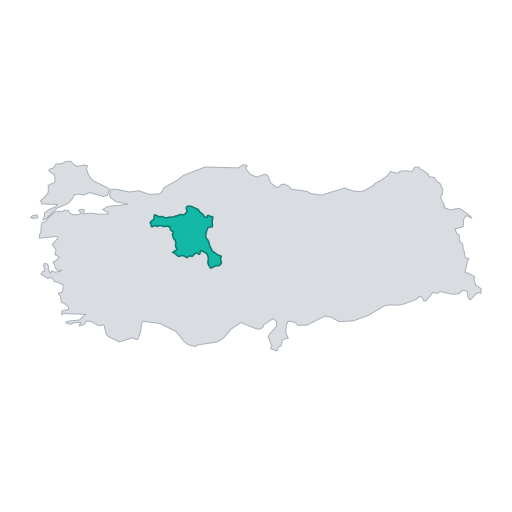 where Ankara sits in Turkey
{"feature_id": "TUR-3008", "entity_name": "Ankara", "entity_type": "Province", "adm_level": 1, "iso_a3": "TUR", "parent_name": "Turkey", "parent_adm1": "", "projection": "albers", "projection_center": [32.475, 39.676], "detail": "fine", "context": "in_parent", "style": "filled", "palette": "teal", "viewbox_px": 512, "rotation_deg": 0, "n_neighbors": 0, "source": "natural_earth", "source_scale": "10m", "svg_char_len": 5878}
<svg xmlns="http://www.w3.org/2000/svg" viewBox="0 0 512 512"><path d="M390.4,171.5L397.7,173.4L399.8,171.2L406.2,170.8L412.1,171.6L414.8,167.1L418.9,167.1L419.9,169.1L421.9,169.6L428.4,174.3L427.8,175.0L429.5,176.8L434.8,177.5L435.6,180.2L440.1,183.7L442.9,189.7L442.2,194.2L440.4,197.2L444.7,206.3L443.9,207.6L450.6,209.9L458.4,208.3L461.1,209.3L469.8,215.7L472.1,218.3L466.3,215.5L463.7,219.0L463.2,226.5L454.9,228.9L456.8,233.5L459.4,235.4L459.2,240.0L460.1,241.7L462.8,244.3L463.0,248.4L464.5,252.5L465.2,257.6L468.9,258.7L467.6,261.3L465.0,272.2L465.4,273.0L468.1,272.9L474.7,276.9L473.9,278.6L475.5,285.1L481.3,288.7L480.7,291.0L481.2,293.2L477.3,292.7L470.4,299.7L469.5,299.6L468.1,297.7L467.1,291.8L465.1,290.5L462.6,290.5L458.8,293.7L455.0,294.1L451.1,294.0L440.6,291.6L437.0,293.3L433.0,292.4L426.2,300.5L424.0,301.3L422.5,297.8L419.7,296.1L416.5,299.2L403.9,304.0L398.0,305.2L390.5,304.8L384.5,305.7L368.7,315.2L353.2,320.9L339.0,321.6L330.8,317.0L324.7,316.2L307.0,325.1L298.0,325.3L294.9,322.2L288.0,321.2L286.6,324.3L285.5,331.7L288.2,338.3L284.4,338.9L282.0,340.5L281.5,345.6L278.0,347.7L277.0,350.8L276.4,350.9L270.5,348.6L272.0,346.1L268.1,336.9L269.7,333.9L276.8,326.0L276.4,321.6L273.2,318.6L264.0,324.6L263.2,326.8L261.2,328.5L257.7,329.3L240.8,322.5L231.2,329.1L223.1,338.5L216.8,342.0L198.2,344.8L194.9,346.6L188.5,344.7L184.7,342.2L176.1,331.6L160.0,323.5L143.0,321.2L141.5,323.3L140.7,331.4L137.8,339.0L136.4,339.8L132.6,337.8L119.3,341.9L108.2,336.5L106.3,334.3L104.1,325.3L102.5,324.6L100.7,325.7L98.8,325.6L90.9,321.4L86.6,321.0L83.8,324.6L79.4,326.0L79.4,324.9L81.2,322.5L74.4,322.6L70.7,324.3L65.9,322.9L66.3,321.9L70.3,320.9L79.4,320.0L85.4,314.4L63.9,313.5L61.8,314.7L61.6,311.6L62.9,310.3L68.6,309.5L68.4,306.9L65.1,303.9L61.5,302.3L60.1,295.7L58.3,294.0L58.6,293.1L62.2,292.2L63.2,287.5L62.8,284.6L56.1,281.7L54.6,281.8L53.0,279.2L50.2,277.2L47.8,278.5L41.1,274.2L42.6,271.5L44.3,271.7L44.7,269.5L43.6,265.8L43.9,263.9L45.4,263.5L47.1,264.0L48.7,266.3L48.6,270.5L50.3,273.1L51.7,270.7L54.8,272.2L60.4,271.3L61.6,270.3L57.5,270.1L56.0,269.0L53.1,262.0L56.6,260.2L59.3,257.0L54.8,254.5L56.0,249.9L52.3,244.4L58.1,237.9L57.9,237.0L56.2,236.5L39.5,238.2L39.4,235.1L40.8,232.6L41.2,226.1L42.2,222.6L45.3,221.8L49.3,216.9L55.8,211.2L62.0,211.7L64.6,210.2L68.4,210.3L69.3,212.7L72.5,214.6L78.3,214.6L81.1,213.2L78.6,210.1L81.9,209.3L84.5,210.1L83.0,213.3L83.7,213.7L91.2,213.1L99.0,214.2L107.7,214.2L108.8,213.2L102.8,209.6L106.8,206.9L109.0,206.4L127.2,204.3L127.3,203.7L116.3,201.8L110.7,197.8L109.3,195.6L110.6,190.6L111.8,189.3L115.8,189.2L129.2,192.0L138.9,190.8L149.3,194.4L159.4,193.9L161.5,192.4L164.1,187.6L178.4,179.6L183.3,175.4L205.2,167.0L238.1,167.9L243.7,164.6L247.0,165.5L246.2,167.7L246.4,169.7L250.5,174.4L256.5,177.1L264.5,174.4L267.5,175.2L270.7,182.8L276.0,187.1L278.4,187.4L281.3,184.5L284.3,184.1L289.2,186.5L291.1,189.1L307.1,191.4L310.5,193.5L321.3,195.2L344.6,188.0L353.5,191.1L360.9,191.6L363.9,190.8L373.1,185.6L375.8,182.8L381.6,180.1L388.5,174.6L390.4,171.5ZM87.3,165.7L86.5,169.1L87.7,173.0L90.8,178.4L94.0,181.2L109.8,189.0L107.2,195.5L103.2,196.4L89.5,192.6L83.8,195.0L79.8,194.1L74.1,195.0L72.3,198.9L68.2,203.3L56.7,208.3L45.9,218.9L42.8,220.1L44.4,216.4L44.5,213.0L49.2,209.4L55.6,206.8L57.4,204.5L41.7,203.9L40.5,200.3L42.1,199.7L47.6,193.9L48.3,191.5L48.2,185.4L54.5,182.3L55.1,180.9L54.5,174.9L48.9,171.0L49.2,169.4L53.4,168.0L56.0,164.0L62.1,163.6L65.0,161.8L70.3,161.1L76.5,166.6L84.3,165.0L87.3,165.7ZM37.6,217.9L32.3,218.4L30.7,217.4L32.5,215.7L36.7,214.8L37.9,216.7L37.6,217.9Z" fill="#d9dde1" stroke="#a8b0b8" stroke-width="1"/><path d="M183.5,214.9L185.3,213.9L185.9,212.8L186.8,211.9L187.2,211.2L186.3,208.8L186.4,207.2L187.0,206.5L187.8,206.2L189.6,206.1L191.4,206.4L198.2,209.5L198.8,210.4L199.4,211.4L200.1,212.3L201.0,212.9L201.4,213.1L202.4,214.0L203.1,214.4L203.6,215.2L203.9,216.2L205.4,217.4L207.1,217.2L207.2,216.4L207.4,215.5L207.8,215.4L208.3,215.4L209.0,215.7L209.7,216.1L212.8,217.0L212.5,219.5L212.2,221.2L212.3,223.3L212.5,225.1L212.2,226.8L209.5,227.1L207.8,227.9L206.8,230.4L206.2,233.0L205.6,235.5L206.2,238.1L208.0,240.3L208.7,241.5L209.7,245.7L211.6,249.3L212.1,251.0L214.7,252.6L215.9,253.6L216.3,253.8L216.6,254.0L217.0,254.6L217.5,254.9L218.7,255.0L219.5,255.4L219.8,255.7L221.3,256.2L221.1,257.2L220.4,259.2L221.4,261.7L221.3,263.5L219.4,265.4L218.5,265.8L216.4,265.8L214.4,266.4L212.5,267.5L210.4,268.1L209.9,266.9L209.1,265.8L208.5,264.7L208.0,263.5L207.9,261.7L208.2,260.0L208.3,258.3L208.1,256.7L206.8,253.8L204.6,252.2L203.2,251.8L202.8,251.5L201.8,250.8L200.8,250.8L200.4,251.4L200.1,252.2L199.9,253.7L199.6,254.3L198.6,254.2L197.2,253.1L196.1,252.8L193.7,254.7L192.9,255.9L191.8,256.5L190.1,255.7L188.6,256.4L187.2,257.6L186.2,257.5L185.4,256.7L184.6,256.3L182.6,255.6L181.4,255.7L179.0,256.5L178.1,256.2L174.8,253.4L173.8,252.8L172.8,252.3L173.4,251.9L174.6,251.3L174.8,251.0L175.0,250.7L175.5,250.5L176.0,250.5L176.6,249.9L177.0,249.2L176.9,248.3L176.2,247.8L175.7,247.0L175.7,245.8L175.6,245.7L175.5,245.3L175.7,244.4L175.9,243.5L175.9,242.6L175.6,241.9L175.3,241.4L175.2,240.4L174.9,239.8L173.7,238.8L172.6,235.6L172.4,234.1L173.4,233.0L173.4,232.2L173.1,232.0L172.7,231.5L172.6,231.1L171.8,231.0L171.1,230.7L170.5,229.8L170.2,228.8L170.1,228.1L169.9,227.5L169.9,226.6L168.8,226.8L167.9,226.1L167.1,226.4L165.4,226.4L164.5,226.6L163.7,226.4L163.1,226.6L162.1,225.6L161.5,225.6L160.9,225.8L158.8,225.5L158.2,226.0L157.5,226.5L156.9,226.3L156.4,225.9L155.0,225.7L152.8,226.6L151.9,226.7L151.3,226.5L151.2,225.9L151.0,224.1L150.1,222.8L151.5,220.9L153.4,219.9L154.1,218.4L154.1,216.6L154.3,215.4L154.9,214.8L157.0,215.6L159.0,216.8L162.9,216.5L163.7,217.3L164.2,217.5L164.8,217.6L165.6,217.9L166.3,218.0L168.4,217.2L169.3,217.1L172.1,217.2L174.1,216.7L175.7,216.0L178.4,215.4L179.3,214.7L180.3,214.4L183.5,214.9Z" fill="#14b8a6" stroke="#0f766e" stroke-width="1.5"/></svg>